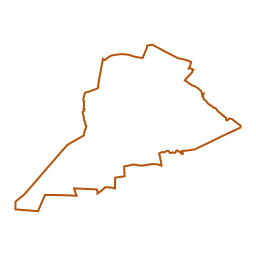 the district of Tlahuelilpan, Hidalgo, Mexico
{"feature_id": "50627088B50074216584912", "entity_name": "Tlahuelilpan", "entity_type": "district", "adm_level": 2, "iso_a3": "MEX", "parent_name": "Mexico", "parent_adm1": "Hidalgo", "projection": "equal_earth", "projection_center": [-99.217, 20.13], "detail": "fine", "context": "isolated", "style": "outline", "palette": "amber", "viewbox_px": 256, "rotation_deg": 0, "n_neighbors": 0, "source": "geoboundaries", "source_scale": "gbopen_adm2", "svg_char_len": 3897}
<svg xmlns="http://www.w3.org/2000/svg" viewBox="0 0 256 256"><path d="M147.2,45.6L146.8,48.0L142.7,57.9L142.4,57.9L138.4,57.4L134.9,56.7L132.4,56.0L129.7,55.1L128.8,54.8L127.5,54.7L125.6,54.4L121.1,54.1L119.0,54.4L114.7,54.9L111.3,55.6L108.3,57.2L107.2,58.3L105.1,60.0L104.7,60.1L104.1,60.0L103.5,59.7L103.2,59.3L102.9,59.0L101.5,66.5L100.3,73.0L99.5,77.3L98.4,83.6L98.2,84.7L98.2,85.5L98.2,86.1L98.2,86.4L98.2,86.7L98.2,87.1L98.2,87.8L96.4,88.9L96.1,89.0L95.3,89.3L94.2,89.7L93.0,90.1L92.6,90.3L91.5,90.7L90.9,90.9L90.0,91.3L89.5,91.5L88.6,91.7L88.4,91.8L87.8,91.9L87.4,92.0L86.6,92.2L85.8,92.4L85.4,92.6L85.1,92.9L84.9,93.1L84.8,93.5L84.5,94.6L84.2,95.6L83.9,96.5L83.7,97.5L83.5,98.6L83.4,99.0L83.3,99.6L83.3,100.0L83.5,100.6L83.7,101.1L84.0,101.2L84.0,101.6L84.0,103.1L84.0,103.5L83.9,104.9L83.9,106.5L83.9,107.9L83.9,108.0L84.1,108.7L83.7,108.6L83.6,108.8L83.9,108.9L83.9,110.1L83.7,110.0L83.7,110.4L83.8,110.7L83.7,111.1L83.5,111.4L83.2,111.5L82.9,111.7L82.8,111.8L82.6,112.1L82.6,112.5L82.7,113.0L82.9,113.8L83.1,114.4L83.3,115.3L83.6,115.8L83.7,116.1L83.8,118.8L83.9,119.7L84.1,120.0L84.3,120.6L84.7,121.2L85.0,121.8L85.2,122.6L85.3,123.0L85.3,123.3L85.3,123.7L85.3,124.1L85.4,124.5L85.5,124.8L85.9,125.2L86.1,125.6L86.2,126.4L86.1,127.0L86.1,127.3L85.9,127.6L85.9,128.0L85.8,128.5L85.7,128.9L85.4,129.3L85.2,129.5L84.9,130.1L84.9,130.4L84.8,130.8L84.7,131.3L84.6,131.6L84.2,132.6L84.1,133.2L83.8,134.9L83.7,135.2L83.7,135.5L81.1,137.0L78.6,138.4L73.9,141.1L69.7,143.5L67.8,144.8L66.7,145.6L64.9,147.7L61.9,151.0L60.7,152.4L58.2,155.3L55.1,158.9L54.2,160.0L51.6,162.9L49.2,165.7L43.5,172.2L39.8,176.6L35.4,181.7L32.4,185.2L29.5,188.4L26.2,192.3L24.3,194.4L22.0,196.3L17.5,200.0L15.5,201.7L15.4,209.4L26.9,210.3L38.0,211.2L45.0,194.9L54.7,195.0L58.6,195.1L63.5,195.2L68.0,195.4L73.1,195.6L76.5,195.8L74.1,188.4L87.4,189.0L96.2,189.4L96.7,189.4L97.3,190.9L97.5,193.5L101.1,190.9L105.4,187.2L111.3,187.6L112.0,187.7L114.9,188.5L115.2,177.6L124.6,176.3L124.1,166.5L131.6,164.9L133.9,164.4L138.2,165.4L141.2,165.5L142.5,165.6L144.5,165.2L152.3,164.1L153.3,164.1L157.7,164.3L161.4,165.7L161.4,165.0L161.3,164.3L161.0,162.3L160.9,161.9L160.3,158.6L159.9,156.3L159.6,155.2L159.0,153.8L159.2,153.6L159.3,153.4L159.5,153.3L159.5,153.2L159.8,153.0L160.6,152.7L162.3,152.1L162.7,152.0L163.2,152.2L163.7,152.3L164.3,152.3L164.7,152.2L165.1,152.0L166.7,150.9L167.0,150.7L167.5,150.8L168.1,150.8L168.3,150.9L168.6,151.1L169.0,151.5L169.1,151.8L169.3,152.1L169.5,152.4L169.9,152.8L170.4,153.0L170.8,153.0L171.2,153.0L171.5,153.0L172.0,152.6L172.9,152.3L173.4,152.4L174.2,152.9L174.7,153.0L175.1,152.9L175.4,152.7L175.8,151.8L176.1,150.8L176.4,150.6L177.3,150.5L177.6,150.5L177.9,150.7L178.3,151.2L178.8,151.4L179.2,151.8L179.8,152.0L181.1,152.0L181.2,153.6L181.9,153.7L182.6,154.1L182.8,153.9L182.4,150.9L187.0,150.6L194.6,149.4L206.3,143.9L222.0,136.2L240.4,127.6L240.6,125.9L240.6,125.7L239.9,125.1L234.0,120.7L232.4,119.3L231.9,119.0L230.5,118.6L229.8,118.6L228.8,118.8L228.2,119.6L227.6,120.3L227.0,120.5L226.4,120.3L226.2,120.1L226.1,119.6L226.1,119.1L226.2,118.6L226.1,118.1L225.8,117.7L224.8,116.8L224.2,116.4L223.5,116.1L223.4,116.1L222.9,115.6L223.1,115.4L222.0,114.5L221.9,114.5L220.3,113.2L218.6,111.9L216.9,110.0L215.5,108.1L215.4,108.1L213.3,107.5L213.0,107.4L212.4,106.3L211.6,105.9L209.7,104.8L207.9,103.5L206.2,101.2L204.1,99.4L203.5,98.8L203.4,97.9L203.4,97.2L202.8,96.4L202.4,96.3L202.8,95.4L203.1,95.1L203.6,93.8L202.1,94.4L201.8,92.8L200.9,90.9L200.1,90.2L198.6,88.8L196.4,87.2L194.4,86.1L192.2,85.4L190.9,84.5L189.5,83.8L187.5,82.1L184.8,80.4L184.9,80.2L185.2,79.9L186.0,78.9L186.1,78.7L188.1,76.5L188.5,76.1L192.0,72.4L192.4,71.1L193.4,69.8L190.9,68.5L188.7,68.5L188.8,68.2L189.4,67.4L189.8,66.4L190.5,64.5L191.2,62.1L190.8,61.8L187.3,60.5L185.3,59.7L183.4,59.3L179.5,58.5L177.7,58.1L164.0,51.0L152.8,44.9L152.1,44.8L147.2,45.6Z" fill="none" stroke="#b45309" stroke-width="2"/></svg>